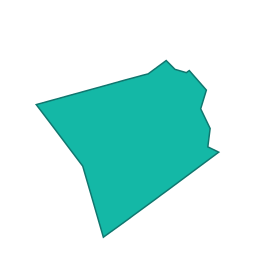 outline of General Ocampo, La Rioja, Argentina, rotated 143°
{"feature_id": "61730980B1877190753616", "entity_name": "General Ocampo", "entity_type": "district", "adm_level": 2, "iso_a3": "ARG", "parent_name": "Argentina", "parent_adm1": "La Rioja", "projection": "robinson", "projection_center": [-66.039, -31.058], "detail": "fine", "context": "isolated", "style": "filled", "palette": "teal", "viewbox_px": 256, "rotation_deg": 143, "n_neighbors": 0, "source": "geoboundaries", "source_scale": "gbopen_adm2", "svg_char_len": 540}
<svg xmlns="http://www.w3.org/2000/svg" viewBox="0 0 256 256"><g transform="rotate(143 128 128)"><path d="M213.4,55.6L211.8,55.6L187.9,55.1L178.9,55.0L176.1,55.0L147.6,54.6L141.3,54.6L136.3,54.5L70.1,54.1L75.6,64.9L62.7,78.2L58.4,99.6L42.6,111.1L44.5,137.0L48.1,137.1L55.2,146.6L56.9,158.9L79.3,159.1L80.5,159.6L84.8,161.4L87.9,162.6L101.5,168.1L128.5,178.7L153.5,188.6L171.0,195.5L185.1,201.1L187.2,201.9L187.1,176.4L187.1,172.9L187.1,147.2L187.1,124.8L197.7,96.8L213.4,55.6Z" fill="#14b8a6" stroke="#0f766e" stroke-width="1.5"/></g></svg>